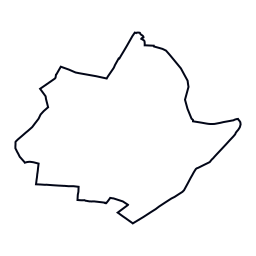 Viļaka, Vilakas, Latvia (Natural Earth projection)
{"feature_id": "27541924B91714701544893", "entity_name": "Viļaka", "entity_type": "district", "adm_level": 2, "iso_a3": "LVA", "parent_name": "Latvia", "parent_adm1": "Vilakas", "projection": "natural_earth1", "projection_center": [27.684, 57.187], "detail": "fine", "context": "isolated", "style": "outline", "palette": "ink", "viewbox_px": 256, "rotation_deg": 0, "n_neighbors": 0, "source": "geoboundaries", "source_scale": "gbopen_adm2", "svg_char_len": 3272}
<svg xmlns="http://www.w3.org/2000/svg" viewBox="0 0 256 256"><path d="M182.6,191.7L183.0,191.3L183.2,191.0L183.5,190.8L183.7,190.5L184.0,190.3L184.8,188.8L187.8,183.3L190.7,177.8L192.2,175.2L193.6,172.6L194.7,170.8L195.8,169.1L196.0,168.9L196.8,168.3L198.2,167.8L202.0,165.9L204.2,164.8L207.9,163.0L209.7,162.1L211.7,159.6L213.2,158.2L214.3,156.9L216.6,154.4L218.3,152.6L222.8,147.8L226.8,143.5L229.7,140.3L233.3,136.5L234.4,135.2L235.1,134.4L235.5,133.5L235.9,132.6L237.0,131.2L238.3,129.7L239.6,127.6L239.8,127.3L240.0,126.6L240.6,124.4L240.4,122.9L240.3,122.2L239.2,120.5L238.5,119.8L238.0,118.9L237.4,119.0L236.6,119.1L235.9,119.3L235.2,119.5L234.9,119.6L234.2,119.9L233.9,120.1L233.6,120.2L233.4,120.3L233.1,120.4L232.2,120.5L231.2,120.7L229.6,121.0L223.4,122.1L220.5,122.8L215.2,123.8L214.7,123.9L213.0,124.0L211.0,124.0L210.5,124.0L210.0,124.0L209.2,123.9L208.8,123.9L208.7,123.9L206.1,123.5L201.7,122.7L198.6,122.2L193.0,121.3L193.0,121.0L193.1,120.8L193.0,120.0L191.5,118.6L187.5,108.8L185.0,99.7L188.5,86.9L188.0,83.8L187.6,80.7L184.2,74.5L180.9,68.4L170.7,56.0L169.6,54.7L166.0,50.6L162.5,48.9L159.4,48.0L154.0,46.5L153.8,45.7L153.4,45.7L145.0,45.3L144.7,45.3L144.7,43.8L144.7,43.2L144.6,42.1L144.5,41.3L144.3,40.9L143.9,40.4L143.3,40.0L142.6,39.6L141.8,39.1L141.5,38.9L141.3,38.8L141.4,38.6L141.6,38.4L142.1,38.0L142.8,37.8L143.2,37.6L143.4,37.5L143.5,37.4L143.5,37.2L143.3,36.6L142.9,36.0L142.4,35.5L141.1,34.7L140.5,34.1L140.3,33.8L140.1,33.2L139.8,32.8L139.4,32.7L138.5,32.6L137.4,32.6L136.8,32.7L136.3,32.8L136.1,32.8L136.0,33.0L134.8,32.6L132.4,36.1L126.9,45.8L123.9,50.9L121.0,55.7L119.3,58.6L119.0,58.5L118.7,58.4L116.8,61.8L114.9,65.2L114.3,66.7L113.6,68.1L107.9,76.4L106.7,78.5L96.1,76.2L78.6,73.1L78.2,73.0L75.6,72.5L68.9,69.6L60.8,66.7L56.4,74.4L56.0,74.6L55.6,77.3L55.4,77.9L54.7,78.7L40.1,88.8L45.6,96.3L45.9,98.2L45.9,98.6L47.3,104.1L48.1,107.3L47.7,107.6L43.7,111.1L40.6,114.5L38.6,118.7L36.0,122.1L35.2,123.1L32.2,127.1L27.9,130.9L25.8,132.6L21.8,136.1L17.8,139.5L16.9,140.4L16.0,141.3L15.9,141.4L15.7,141.6L15.6,141.8L15.5,142.1L15.5,142.4L15.5,144.3L15.4,146.2L15.4,147.2L15.4,148.3L16.5,150.5L17.6,152.7L17.7,152.8L17.8,152.9L18.8,154.9L19.8,156.9L20.5,157.6L21.2,158.4L24.4,162.0L24.8,162.7L26.5,162.2L27.5,162.0L28.3,161.9L29.3,161.8L30.1,161.8L32.4,162.1L33.6,162.3L38.6,163.6L38.0,168.4L37.8,170.6L37.4,173.5L37.3,173.8L37.1,176.0L36.9,177.7L36.6,179.6L36.3,182.1L36.0,184.3L40.5,184.5L44.9,184.8L45.5,184.8L46.1,184.7L52.5,185.2L58.8,185.6L60.9,185.7L62.9,185.8L63.9,185.9L65.0,185.9L68.4,186.2L73.5,186.2L78.6,186.8L78.4,191.8L77.8,194.8L77.5,200.0L80.0,200.2L82.2,200.3L84.6,200.2L85.4,200.7L86.9,200.9L87.8,201.1L88.5,201.2L89.0,201.3L89.6,201.4L90.0,201.4L90.8,201.4L91.7,201.5L92.2,201.4L92.6,201.4L92.8,201.4L93.1,201.4L94.2,201.4L98.5,201.9L102.8,202.4L104.9,202.7L104.9,203.0L105.5,203.2L106.2,203.2L108.2,200.7L110.1,198.1L110.2,197.9L110.9,198.0L111.5,198.1L112.5,198.3L113.5,198.4L118.1,199.9L122.8,201.4L125.4,203.1L128.0,204.8L127.9,205.0L117.7,212.6L123.1,216.5L126.6,218.9L126.8,219.1L132.6,223.2L132.8,223.4L134.6,222.3L143.4,217.0L151.4,211.8L155.7,209.1L157.4,207.8L159.1,206.5L165.2,202.5L171.4,198.5L173.0,197.7L174.6,196.9L178.6,194.3L182.5,191.8L182.6,191.7Z" fill="none" stroke="#020617" stroke-width="2"/></svg>